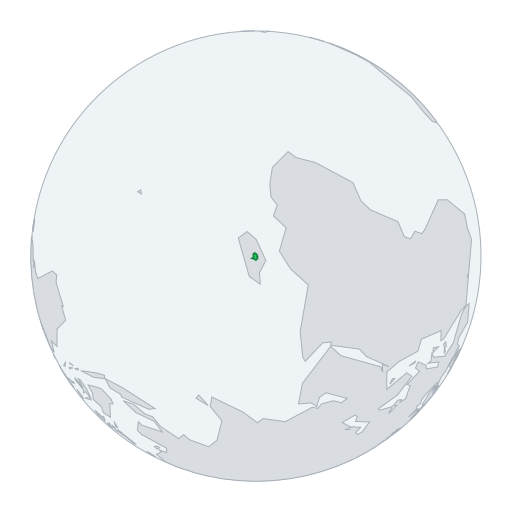 globe centered on Bongolava, rotated 145°
{"feature_id": "MDG-5871", "entity_name": "Bongolava", "entity_type": "Autonomous Province", "adm_level": 1, "iso_a3": "MDG", "parent_name": "Madagascar", "parent_adm1": "", "projection": "orthographic", "projection_center": [45.906, -18.601], "detail": "fine", "context": "on_globe", "style": "filled", "palette": "green", "viewbox_px": 512, "rotation_deg": 145, "n_neighbors": 0, "source": "natural_earth", "source_scale": "10m", "svg_char_len": 6922}
<svg xmlns="http://www.w3.org/2000/svg" viewBox="0 0 512 512"><g transform="rotate(145 256 256)"><circle cx="256" cy="256" r="225" fill="#eef3f6" stroke="#a8b0b8"/><path d="M30.9,264.2L31.6,261.6L34.4,265.3L36.2,278.3L37.5,297.6L47.3,332.1L52.0,349.9L59.0,363.7L72.8,386.6L74.2,389.1L64.8,375.2L56.5,360.7L49.3,345.5L43.2,329.9L38.3,313.9L34.6,297.5L32.1,280.9L30.9,264.2ZM77.0,392.7L80.3,396.8L86.3,404.2L86.8,404.8L77.0,392.7ZM116.2,432.7L116.5,432.9L118.5,434.4L116.2,432.7ZM127.9,441.3L130.3,442.9L131.5,443.7L133.3,444.9L127.9,441.3ZM135.8,446.5L137.5,447.6L135.8,446.5ZM138.3,448.1L138.2,448.0L131.6,443.8L134.4,445.1L139.8,448.7L139.2,448.6L138.3,448.1ZM123.0,437.0L119.0,433.4L119.9,433.8L122.8,436.3L123.0,437.0ZM235.9,31.6L248.7,31.4L244.0,32.0L236.3,32.2L240.7,33.1L241.6,32.4L245.3,32.5L250.0,31.6L252.9,31.7L252.5,31.0L256.5,31.1L256.7,31.5L267.0,31.2L276.2,31.8L277.2,31.8L275.6,31.6L288.3,33.2L288.5,33.1L284.4,32.5L283.3,32.4L292.6,33.7L294.6,34.1L294.8,34.4L296.6,34.7L297.5,34.6L294.5,34.0L310.5,37.4L326.3,42.0L341.7,47.6L356.6,54.4L371.0,62.3L384.7,71.1L397.8,81.0L410.2,91.7L421.7,103.4L422.2,104.0L427.0,109.5L428.8,111.4L430.8,113.9L432.9,116.8L442.0,129.0L448.4,139.5L451.2,150.6L445.9,149.7L446.7,152.8L441.8,146.3L439.6,150.0L452.0,175.2L453.1,181.2L447.4,187.7L446.6,182.9L433.7,165.6L434.3,179.3L444.2,196.5L447.7,213.5L441.4,205.0L437.5,190.2L432.9,183.6L432.0,171.1L424.1,150.8L417.6,151.1L416.1,144.0L404.2,126.9L393.7,127.4L378.5,140.5L379.8,159.0L373.0,165.8L356.4,136.0L350.4,118.5L343.5,118.8L327.1,103.5L296.4,99.8L292.8,95.7L286.9,97.2L275.5,93.0L270.3,86.8L263.0,87.1L277.1,103.8L285.0,103.8L292.6,97.8L295.0,104.0L306.1,110.4L291.0,125.0L246.7,139.2L243.7,125.7L217.1,93.4L218.7,89.8L218.6,89.5L218.4,88.8L214.6,94.7L210.4,89.1L223.2,110.2L224.7,120.5L246.1,140.1L243.7,142.3L251.0,146.6L276.0,141.5L275.8,146.2L263.2,168.7L229.8,202.3L235.1,225.6L234.1,246.5L215.1,261.9L218.7,278.8L209.2,285.7L209.9,295.7L203.3,307.2L191.7,319.2L169.8,323.1L166.9,313.9L153.6,298.2L134.5,260.4L138.4,241.1L135.7,228.0L120.1,202.8L123.4,186.6L119.6,181.4L111.6,185.2L107.4,179.2L102.7,180.7L74.5,197.5L67.1,192.3L61.0,170.7L66.8,157.6L69.9,146.0L112.3,95.2L119.0,93.8L149.7,80.5L153.2,80.6L147.1,88.7L168.2,93.0L177.9,85.2L199.5,87.5L215.4,85.9L225.4,71.7L199.4,73.8L197.3,68.1L220.1,60.9L243.2,60.8L243.1,58.7L230.6,54.4L237.9,50.8L226.4,52.9L229.6,54.7L222.4,56.5L219.2,55.0L221.9,53.6L215.5,53.2L204.1,61.3L206.0,64.0L188.1,67.7L189.6,72.8L183.9,76.2L179.3,69.0L181.3,65.9L170.9,60.9L167.1,64.3L176.7,69.5L172.8,69.7L167.7,75.4L168.5,71.2L159.0,65.7L144.2,71.7L121.6,90.0L113.7,94.3L108.7,94.8L120.6,80.4L137.0,72.6L141.4,68.4L141.2,65.5L146.2,63.7L148.2,61.8L154.7,59.3L166.9,52.8L174.0,50.5L181.8,45.7L186.5,44.2L180.5,47.3L180.1,48.6L198.0,44.8L202.4,43.4L206.0,40.8L210.5,40.6L211.7,38.6L223.5,36.7L210.2,37.8L214.1,35.9L222.8,34.0L221.7,33.8L207.5,37.1L204.0,38.4L204.8,39.0L193.1,44.1L186.3,46.1L189.5,42.4L180.2,45.2L186.7,42.0L216.9,34.1L235.9,31.6ZM95.2,116.5L93.4,120.0L95.2,116.5ZM266.3,68.9L281.0,70.2L276.8,62.3L282.1,62.4L278.7,60.0L276.4,61.8L268.5,55.6L275.7,54.2L275.1,51.5L270.1,51.0L258.2,54.9L269.4,63.4L265.0,66.3L266.3,68.9ZM152.5,56.4L153.7,56.2L149.6,58.6L140.7,63.2L146.4,59.6L152.5,56.4ZM156.3,55.5L161.8,51.6L167.6,49.1L163.4,51.0L166.7,49.8L160.8,52.7L160.9,54.9L157.3,57.3L142.8,63.5L149.5,59.9L147.9,60.0L156.3,55.5ZM158.6,77.0L161.5,76.5L166.5,75.2L163.4,79.1L158.6,77.0ZM151.8,73.1L154.7,72.0L152.8,76.2L149.7,76.9L151.8,73.1ZM158.0,68.1L155.0,71.6L154.8,70.2L158.0,68.1ZM183.3,46.3L186.6,45.4L186.3,45.9L183.7,47.1L183.3,46.3ZM220.0,74.3L214.5,77.2L212.5,76.1L214.8,75.3L220.0,74.3ZM186.9,77.4L193.7,78.1L185.9,78.4L186.9,77.4ZM314.3,372.5L316.1,376.5L312.5,376.3L314.3,372.5ZM273.3,243.0L260.2,280.9L249.3,281.1L246.3,269.7L250.5,246.6L262.8,240.3L268.6,230.4L273.3,243.0ZM468.5,270.8L470.2,274.5L469.9,275.4L468.5,270.8ZM466.9,264.5L469.2,267.8L466.2,266.2L466.9,264.5ZM470.0,269.2L472.3,270.3L473.3,270.1L472.9,271.9L470.0,269.2ZM465.2,262.5L453.8,251.8L448.6,245.2L450.3,242.3L458.6,249.7L465.2,262.5ZM449.9,241.9L441.4,225.8L426.2,189.0L431.8,192.0L446.9,217.5L446.1,220.1L451.2,231.7L449.9,241.9ZM468.5,237.7L467.5,246.7L461.7,240.0L458.8,235.8L456.8,221.9L457.9,216.8L460.5,219.0L467.7,207.3L470.8,215.3L469.2,221.1L471.5,231.7L468.5,237.7ZM380.9,161.0L386.7,173.9L382.7,174.9L380.9,161.0ZM468.7,197.2L467.1,202.1L467.9,194.0L468.7,197.2ZM467.9,188.6L469.0,193.1L467.0,187.5L467.9,188.6ZM448.5,158.2L445.9,157.0L444.9,154.1L447.6,154.1L448.5,158.2ZM453.3,148.6L456.9,156.4L457.6,158.7L454.7,152.7L453.3,148.6ZM270.2,31.2L271.0,31.2L268.4,31.1L270.2,31.2ZM416.7,412.3L424.8,403.6L422.4,407.4L416.6,413.1L416.7,412.3ZM431.2,397.6L429.5,399.7L428.1,400.6L431.5,396.1L430.0,397.3L432.9,392.2L441.8,379.0L439.9,380.2L445.0,374.0L440.8,378.2L445.7,369.4L447.5,362.7L431.5,360.6L430.1,354.8L435.0,348.9L442.8,325.2L443.7,326.8L448.8,312.6L460.8,310.3L470.9,296.1L472.3,303.6L476.6,292.8L476.5,300.6L473.6,310.8L470.0,326.1L472.7,317.7L467.0,334.9L460.0,351.6L451.6,367.7L442.0,383.1L431.2,397.6ZM472.5,278.7L475.5,275.0L476.4,276.6L472.5,278.7ZM478.4,291.7L478.8,289.4L479.1,287.2L478.4,291.7ZM480.2,278.1L480.4,267.7L480.5,261.6L480.9,261.5L480.3,252.7L481.1,256.5L480.9,268.0L481.1,265.7L480.2,278.1ZM479.9,276.6L479.9,277.6L479.6,279.5L479.9,276.6ZM478.2,256.5L478.0,258.9L477.6,255.5L478.2,256.5ZM478.9,256.9L479.9,264.0L478.7,258.6L478.9,256.9ZM472.8,235.6L473.6,242.7L475.9,242.7L474.1,245.2L475.0,257.6L474.2,260.5L473.4,247.3L472.1,257.5L471.0,255.7L471.0,245.3L472.5,235.5L473.5,232.5L477.3,237.4L472.8,235.6ZM479.2,249.6L478.8,241.6L478.9,237.9L479.5,242.8L479.2,249.6ZM476.5,222.2L474.1,211.7L472.9,212.0L474.3,206.9L476.5,217.7L476.5,222.2ZM472.9,203.3L471.9,203.4L472.3,200.0L472.9,203.3ZM471.1,200.3L469.9,195.0L471.2,197.5L471.1,200.3ZM473.6,204.8L472.1,196.7L473.7,202.7L473.6,204.8ZM466.6,183.0L471.2,195.3L467.0,186.5L462.2,170.4L463.6,172.2L466.6,183.0Z" fill="#d9dde1" stroke="#a8b0b8" stroke-width="1"/><path d="M258.4,252.6L258.5,252.6L258.7,253.3L259.0,254.2L259.5,254.9L259.9,255.2L260.0,255.8L260.2,256.0L260.3,256.4L260.5,256.4L260.6,256.5L259.8,256.5L259.2,256.4L258.8,256.5L258.4,256.8L258.3,257.5L257.9,258.1L257.3,258.8L256.9,259.3L256.3,259.4L255.6,259.3L255.7,259.2L255.8,259.0L255.8,258.9L255.7,258.9L255.7,258.7L255.4,258.5L255.3,258.4L255.2,258.4L255.1,258.2L255.0,257.9L254.9,257.9L254.9,257.7L254.7,257.6L254.7,257.4L254.5,257.2L254.6,256.9L254.5,256.6L254.5,256.4L254.7,256.2L254.8,256.2L255.0,255.8L254.9,255.3L254.9,255.2L255.0,255.1L254.9,254.8L254.8,254.7L255.0,254.5L255.3,254.6L255.5,254.7L255.6,254.3L255.7,254.2L255.8,254.1L255.9,253.9L255.9,253.7L256.0,253.6L256.1,253.4L256.2,253.2L256.2,252.9L256.3,252.9L256.4,253.0L256.6,253.0L256.8,253.1L257.0,253.2L257.3,253.1L257.5,253.0L257.7,252.9L257.8,252.8L258.0,252.8L258.2,252.7L258.3,252.7L258.4,252.6Z" fill="#22c55e" stroke="#15803d" stroke-width="1.5"/></g></svg>